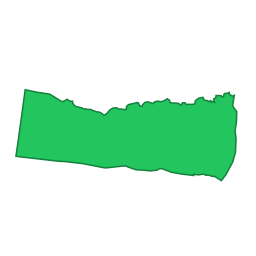 outline of Hatillo, Puerto Rico, rotated 95°
{"feature_id": "32010507B41053706339825", "entity_name": "Hatillo", "entity_type": "district", "adm_level": 2, "iso_a3": "PRI", "parent_name": "Puerto Rico", "parent_adm1": "", "projection": "orthographic", "projection_center": [-66.807, 18.407], "detail": "fine", "context": "isolated", "style": "filled", "palette": "green", "viewbox_px": 256, "rotation_deg": 95, "n_neighbors": 0, "source": "geoboundaries", "source_scale": "gbopen_adm2", "svg_char_len": 1702}
<svg xmlns="http://www.w3.org/2000/svg" viewBox="0 0 256 256"><g transform="rotate(95 128 128)"><path d="M166.2,231.7L167.2,193.2L166.9,189.5L167.4,170.8L167.5,169.4L169.6,149.4L169.7,146.6L169.1,143.4L169.0,143.1L166.3,129.6L166.1,126.4L166.9,124.5L168.9,116.5L168.7,110.1L168.7,106.0L168.8,102.1L167.5,95.5L166.1,93.7L165.5,91.0L168.3,80.9L168.6,77.4L169.2,71.0L169.6,58.4L168.5,58.7L168.5,53.4L167.3,49.0L167.9,47.0L168.3,46.5L167.9,43.7L168.9,39.6L168.7,37.4L172.3,30.4L167.0,27.0L166.2,26.5L153.0,20.8L151.6,20.5L145.9,19.4L142.7,18.8L139.0,19.0L138.6,19.0L129.3,19.4L126.5,20.0L123.5,20.6L121.3,21.1L117.0,20.8L111.9,20.5L107.4,20.8L102.2,21.1L100.7,22.4L97.0,25.7L86.2,25.0L87.2,26.8L85.7,29.8L83.7,30.4L84.9,32.1L85.0,34.1L85.1,34.4L86.1,35.4L87.9,35.5L89.0,36.8L87.7,37.9L87.9,43.1L90.3,43.2L91.5,45.1L94.9,44.1L94.0,45.9L95.2,47.2L93.5,48.1L94.7,50.1L93.7,51.3L93.7,54.5L90.9,56.0L92.1,60.2L95.0,63.3L98.4,63.6L99.0,67.5L99.4,72.3L97.9,73.2L98.1,75.9L100.5,77.1L98.9,80.6L99.0,82.7L99.2,88.2L96.7,89.0L95.5,91.5L97.9,94.6L99.0,97.7L98.6,100.9L99.8,103.9L101.5,105.3L100.2,110.5L101.1,113.5L103.6,115.5L105.1,115.8L105.0,118.2L102.0,119.9L101.8,120.8L104.7,129.7L106.7,131.3L109.5,131.5L110.1,133.6L109.6,136.1L110.1,138.4L108.8,141.2L109.4,144.5L111.3,147.4L113.4,149.0L114.8,149.9L115.8,150.8L117.5,153.0L115.4,156.0L114.7,157.7L114.6,161.1L112.8,166.9L113.0,170.7L112.5,171.7L113.0,173.6L112.1,175.2L110.9,182.6L108.2,185.2L106.1,185.6L106.4,188.2L104.7,191.1L107.3,194.9L107.3,196.6L106.0,199.3L104.1,202.9L101.1,208.9L100.4,218.9L100.4,220.8L98.8,233.7L99.4,233.8L136.5,235.6L137.4,235.7L148.2,236.2L165.9,237.2L166.2,231.7Z" fill="#22c55e" stroke="#15803d" stroke-width="1.5"/></g></svg>